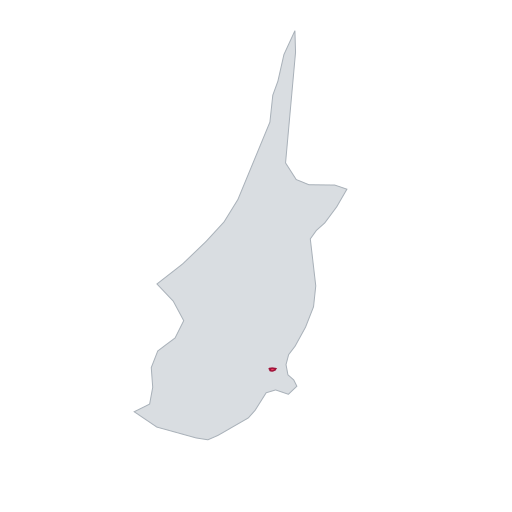 location of Pano Polemidia, Limassol, Cyprus, rotated 310°
{"feature_id": "46923920B12019442550554", "entity_name": "Pano Polemidia", "entity_type": "district", "adm_level": 2, "iso_a3": "CYP", "parent_name": "Cyprus", "parent_adm1": "Limassol", "projection": "robinson", "projection_center": [32.992, 34.711], "detail": "fine", "context": "in_parent", "style": "filled", "palette": "rose", "viewbox_px": 512, "rotation_deg": 310, "n_neighbors": 0, "source": "geoboundaries", "source_scale": "gbopen_adm2", "svg_char_len": 1270}
<svg xmlns="http://www.w3.org/2000/svg" viewBox="0 0 512 512"><g transform="rotate(310 256 256)"><path d="M360.9,270.6L365.6,282.7L345.6,286.2L325.6,287.4L314.4,285.8L304.0,286.6L271.5,321.0L254.1,332.7L233.3,339.7L212.1,343.9L201.4,344.4L192.1,348.8L185.5,356.8L185.3,364.6L182.5,371.0L170.9,369.7L166.0,357.1L157.8,351.7L137.2,354.5L127.1,354.2L94.2,342.2L84.3,337.3L78.1,327.0L61.2,290.0L58.4,262.8L74.2,269.7L89.0,261.3L103.2,247.5L120.1,241.8L130.7,244.2L141.2,246.7L160.0,242.2L168.2,221.7L170.9,198.1L202.8,204.9L235.1,208.4L261.6,209.6L287.7,205.8L367.5,180.6L390.0,165.5L404.0,160.4L428.3,147.9L453.6,141.0L437.4,155.4L346.3,218.8L340.4,237.7L344.6,250.7L357.5,266.5L360.9,270.6Z" fill="#d9dde1" stroke="#a8b0b8" stroke-width="1"/><path d="M182.4,343.6L182.2,343.2L182.1,342.8L181.6,342.3L181.4,341.8L181.1,341.3L180.8,340.9L180.6,340.5L180.2,340.1L179.7,339.9L179.3,339.6L179.2,339.2L179.0,338.9L178.7,338.8L178.1,338.7L178.1,339.0L178.2,339.6L178.3,340.0L178.1,340.1L177.8,339.9L177.5,340.1L177.3,340.4L177.5,340.9L177.7,341.4L177.9,341.7L178.4,342.4L178.9,342.8L179.3,343.0L179.6,343.2L180.0,343.2L180.2,343.3L180.5,343.6L180.7,343.8L181.2,343.8L181.7,343.7L182.1,343.6L182.4,343.6L182.4,343.6Z" fill="#f43f5e" stroke="#9f1239" stroke-width="1.5"/></g></svg>